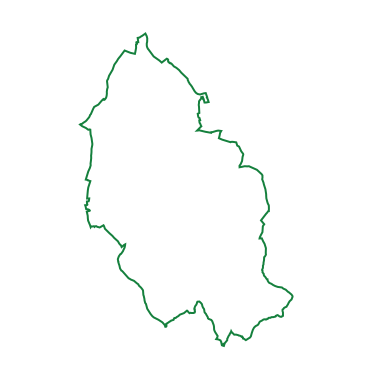 Alunis, Cluj, Romania (Mercator projection), rotated 197°
{"feature_id": "2599482B75339892502003", "entity_name": "Alunis", "entity_type": "district", "adm_level": 2, "iso_a3": "ROU", "parent_name": "Romania", "parent_adm1": "Cluj", "projection": "mercator", "projection_center": [23.748, 47.047], "detail": "fine", "context": "isolated", "style": "outline", "palette": "green", "viewbox_px": 384, "rotation_deg": 197, "n_neighbors": 0, "source": "geoboundaries", "source_scale": "gbopen_adm2", "svg_char_len": 5919}
<svg xmlns="http://www.w3.org/2000/svg" viewBox="0 0 384 384"><g transform="rotate(197 192 192)"><path d="M225.0,90.4L221.5,90.1L218.1,88.6L216.3,88.0L215.5,87.0L212.7,85.6L210.6,84.1L210.0,83.4L208.4,79.3L207.7,78.4L206.4,76.1L205.6,74.3L204.3,72.2L203.3,71.5L200.7,67.3L195.9,63.2L193.7,61.7L191.9,60.9L186.7,60.0L182.2,58.7L179.3,56.9L178.1,55.3L177.4,55.6L177.2,56.0L177.6,57.6L178.1,58.4L176.5,60.2L175.4,61.7L174.8,62.1L174.4,62.9L172.3,64.3L172.2,64.5L172.3,65.2L172.0,66.3L171.5,66.3L170.6,67.0L170.2,67.8L168.8,69.3L167.7,71.2L164.3,73.8L162.1,77.1L161.8,77.1L160.0,75.9L158.9,75.4L158.0,76.1L157.3,76.1L155.2,76.7L154.2,77.5L154.2,78.5L154.6,78.9L154.7,79.7L155.1,80.1L154.9,80.3L155.1,80.8L155.7,81.3L155.6,83.3L155.4,84.4L154.9,85.5L154.8,87.3L154.9,88.0L154.7,88.7L152.9,89.4L151.0,88.5L149.7,87.6L148.5,85.6L147.5,84.5L146.6,83.9L146.1,83.3L144.9,80.8L144.5,80.4L143.0,79.5L142.4,78.8L140.4,77.0L139.8,75.9L139.0,75.5L136.2,75.3L134.9,74.4L132.3,71.0L131.5,69.4L130.7,67.1L130.1,66.1L128.8,64.7L125.4,61.8L125.3,60.3L125.8,58.4L123.7,58.7L121.4,58.4L120.3,57.3L119.9,56.3L119.4,56.0L119.2,55.2L118.6,54.2L118.1,54.2L117.7,55.2L117.5,54.9L117.4,54.1L116.5,54.1L116.5,56.9L115.0,60.5L115.4,62.1L115.2,62.7L115.1,63.7L114.8,65.5L114.4,66.3L114.4,67.3L114.0,68.1L114.1,68.7L113.8,68.9L113.8,70.3L113.2,69.7L109.9,67.9L108.2,68.5L106.0,68.6L105.1,68.4L104.5,68.6L102.9,68.4L102.3,68.0L101.9,68.5L101.7,68.4L100.7,67.7L100.5,67.3L100.4,66.8L99.3,66.8L97.2,66.1L93.9,69.9L93.5,71.3L93.6,74.5L93.5,78.0L93.0,80.5L92.0,82.3L90.3,84.0L89.9,84.8L89.3,87.7L89.0,88.1L87.6,89.4L86.5,90.8L85.8,91.3L84.7,91.7L84.0,91.6L82.8,92.6L82.8,92.9L82.3,93.1L82.0,93.8L81.7,94.2L80.1,94.7L79.8,95.2L79.1,95.7L77.7,96.1L75.7,97.3L75.5,97.6L75.6,98.1L74.4,99.2L74.0,99.3L72.0,98.6L70.6,98.6L69.8,98.9L69.3,99.9L68.8,100.2L69.8,103.4L70.6,104.6L71.0,105.8L71.0,106.1L70.4,106.9L70.1,108.0L69.3,108.9L68.1,109.9L68.0,110.5L67.4,112.6L67.2,114.2L66.7,116.1L65.4,118.3L65.2,121.2L65.5,121.9L66.8,123.0L70.3,124.5L71.0,124.6L73.8,126.0L76.4,126.3L78.1,127.0L82.2,126.3L85.0,126.4L87.3,126.8L89.1,127.4L91.6,127.7L92.3,128.1L93.8,129.4L94.3,130.6L94.9,130.5L95.3,130.7L97.2,132.3L98.6,133.0L99.2,133.9L99.5,134.7L101.1,135.8L101.5,137.3L102.2,137.9L102.0,139.9L102.2,141.1L102.6,142.1L102.5,143.8L102.9,145.1L103.2,147.9L103.9,150.6L103.9,150.9L103.4,151.7L103.0,153.7L103.6,155.1L104.9,159.9L107.5,163.7L109.5,165.6L111.7,168.1L113.8,167.3L113.9,168.4L113.5,171.2L112.9,174.2L114.2,179.8L114.1,180.6L113.5,182.3L117.7,185.0L114.7,193.0L114.0,194.4L113.8,195.2L113.3,196.4L113.0,196.4L113.6,198.6L114.5,201.3L115.1,202.2L116.0,203.0L116.8,204.1L119.0,207.6L119.7,209.4L120.5,211.7L122.6,216.1L125.5,220.3L126.4,221.9L128.6,224.7L128.8,226.3L129.5,228.5L130.6,229.4L136.4,232.2L145.1,233.3L146.2,232.8L149.3,232.0L151.0,231.0L153.7,229.6L153.9,230.5L154.2,230.7L154.2,231.1L153.6,233.0L153.2,236.1L153.3,237.0L153.9,240.3L153.9,242.6L154.0,243.0L154.3,243.5L156.8,245.3L160.3,249.2L162.3,249.6L164.2,252.4L167.7,251.9L169.4,251.3L169.7,250.9L178.4,250.9L182.0,251.3L182.1,254.0L182.4,256.7L181.9,258.9L184.9,258.4L186.6,257.5L190.5,254.9L191.0,254.9L191.0,254.2L196.8,253.5L203.5,253.1L204.1,252.6L205.1,252.2L202.3,257.6L202.7,257.9L204.2,259.8L205.0,260.4L206.0,262.6L205.2,263.1L206.5,265.0L207.0,265.0L207.5,265.2L208.1,265.9L209.4,268.5L208.1,269.7L210.2,275.5L211.0,277.2L211.4,279.5L211.7,280.4L211.7,281.2L210.8,283.5L210.3,284.4L210.9,285.3L209.6,286.2L208.6,284.9L208.4,284.0L207.9,284.1L206.2,281.2L204.9,281.6L202.4,282.9L203.9,285.1L205.1,286.4L204.9,286.5L205.3,287.2L207.8,290.6L209.5,289.8L212.8,287.6L215.3,287.4L217.2,288.0L218.9,289.1L222.2,292.1L222.8,292.7L225.1,294.4L225.9,294.8L226.6,295.6L227.4,296.2L227.7,296.7L228.7,297.7L229.3,299.0L237.2,303.0L239.9,304.8L243.3,306.2L246.0,306.8L248.9,308.6L249.6,308.6L250.0,309.0L251.1,308.7L251.5,309.3L252.4,309.3L253.2,310.2L253.4,311.4L254.2,312.0L255.1,312.1L258.8,306.9L261.6,308.2L268.3,310.4L275.3,315.6L276.1,316.1L277.0,317.1L277.6,317.9L278.2,319.2L278.7,320.9L278.8,322.5L279.7,325.8L280.8,327.7L282.9,329.9L285.2,326.9L286.6,325.4L287.3,324.4L289.0,323.5L287.2,319.6L288.9,319.1L289.0,318.9L288.6,317.9L288.0,317.9L287.9,317.7L288.1,317.0L288.6,316.5L287.6,313.5L287.1,309.2L287.0,307.4L291.6,307.1L297.8,307.6L300.5,300.1L300.7,299.8L301.6,297.4L302.1,295.2L303.5,291.1L303.7,285.7L305.3,278.9L305.3,275.6L305.7,274.1L305.7,273.3L305.4,272.5L303.2,267.5L303.2,265.5L302.8,263.0L302.2,261.3L301.8,259.2L301.7,257.9L301.8,256.7L302.4,255.0L302.8,254.5L303.0,254.4L303.7,255.1L304.2,254.6L305.2,252.6L307.1,248.2L310.4,244.8L310.8,242.8L311.5,236.8L312.0,235.8L312.0,234.7L312.2,233.5L313.8,229.6L314.4,228.5L316.2,226.4L317.0,225.1L318.3,224.4L318.8,223.8L316.2,222.8L312.2,222.2L309.4,221.2L308.2,221.9L307.5,221.9L305.8,217.4L303.9,214.3L301.5,209.2L301.1,207.9L300.7,203.8L299.8,200.8L299.3,198.5L299.2,197.6L298.3,194.9L297.9,192.9L297.3,189.4L296.7,187.9L296.7,185.1L297.2,181.3L297.2,172.8L295.3,173.0L295.1,172.7L292.4,172.7L292.5,166.0L292.1,163.2L290.6,156.0L290.4,155.1L288.4,155.8L288.1,154.1L288.1,152.9L289.7,152.2L289.1,150.4L288.4,149.5L288.4,149.1L288.7,148.8L290.3,148.1L289.4,146.9L288.3,144.8L285.8,145.0L284.9,144.8L284.3,144.4L284.3,144.2L284.5,144.0L286.9,142.5L284.8,138.8L283.8,136.1L283.0,134.3L279.6,130.2L278.6,128.7L278.4,129.4L278.2,129.7L276.8,130.0L275.8,130.6L275.3,130.5L275.0,130.2L274.6,130.8L273.7,131.3L272.3,131.0L269.9,131.1L266.9,134.3L266.2,133.7L264.5,131.4L258.8,128.4L255.3,126.8L253.1,125.4L248.4,123.2L246.5,121.4L245.1,120.5L244.4,120.3L243.2,118.8L241.4,121.6L240.6,122.4L240.4,121.4L240.2,119.1L240.6,116.6L240.7,115.3L241.5,112.8L241.9,111.9L242.2,111.8L242.6,111.1L242.8,110.0L243.1,109.4L243.2,108.3L243.3,106.1L242.4,104.3L242.0,103.8L242.1,103.6L240.7,101.5L240.0,100.6L238.4,97.8L236.6,96.2L235.9,96.1L235.1,95.7L227.3,90.9L226.6,90.9L225.0,90.4Z" fill="none" stroke="#15803d" stroke-width="2"/></g></svg>